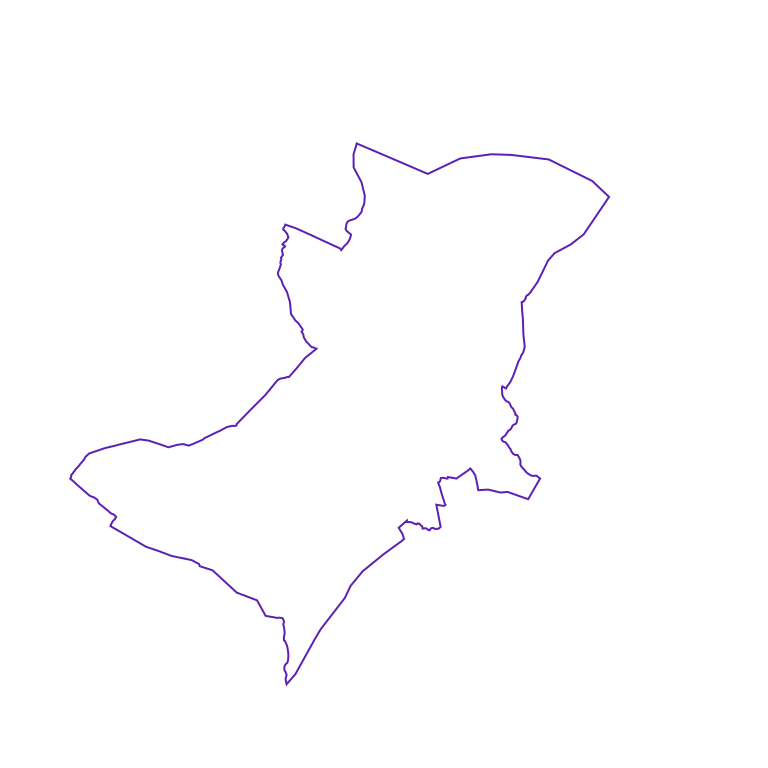 outline of Ado-Ekiti, Ekiti, Nigeria, rotated 133°
{"feature_id": "59680162B25214275797379", "entity_name": "Ado-Ekiti", "entity_type": "district", "adm_level": 2, "iso_a3": "NGA", "parent_name": "Nigeria", "parent_adm1": "Ekiti", "projection": "mercator", "projection_center": [5.254, 7.621], "detail": "fine", "context": "isolated", "style": "outline", "palette": "violet", "viewbox_px": 768, "rotation_deg": 133, "n_neighbors": 0, "source": "geoboundaries", "source_scale": "gbopen_adm2", "svg_char_len": 5828}
<svg xmlns="http://www.w3.org/2000/svg" viewBox="0 0 768 768"><g transform="rotate(133 384 384)"><path d="M226.7,568.0L230.1,566.2L234.4,564.1L236.7,563.0L246.3,553.9L251.0,540.3L251.7,538.2L256.3,531.2L259.3,526.6L264.0,522.6L266.3,521.1L267.8,520.5L270.9,519.6L273.0,517.9L273.9,517.8L275.5,517.6L277.2,517.5L279.0,517.4L280.4,517.5L281.8,517.6L283.0,518.1L284.1,518.6L285.3,519.2L289.0,521.2L290.8,521.2L291.6,520.9L292.9,520.4L294.6,519.2L295.1,518.8L296.9,517.8L297.5,515.9L297.4,513.7L297.3,512.2L297.2,511.3L297.2,510.0L298.2,509.4L300.4,508.3L302.4,507.6L303.8,507.2L305.4,507.0L306.6,506.8L308.6,507.0L310.3,507.1L312.0,506.9L315.2,506.6L314.9,508.9L316.2,512.7L317.2,515.7L318.1,518.4L319.2,521.8L320.7,526.1L321.8,529.7L322.8,532.6L325.0,539.4L325.9,542.0L326.7,544.4L327.2,545.9L328.7,550.2L330.1,554.4L330.9,556.3L331.9,558.5L334.1,563.4L334.7,564.9L335.6,564.5L336.4,564.3L337.2,564.0L338.1,563.9L338.9,563.7L339.8,563.0L339.6,561.9L339.7,560.8L340.2,557.4L340.9,555.8L341.5,555.1L341.8,554.0L342.3,553.8L346.1,553.1L347.0,553.2L348.0,553.6L350.0,553.6L351.2,553.5L350.8,551.4L350.7,550.3L351.5,550.1L351.9,550.1L352.9,550.5L354.4,550.5L356.1,549.6L357.6,547.3L358.6,545.9L360.3,545.7L362.0,545.4L362.4,544.5L363.8,543.6L364.7,543.4L366.2,542.3L366.8,541.0L369.1,539.9L371.2,539.0L374.5,537.7L376.2,536.1L376.9,534.7L378.1,529.7L380.3,525.7L382.9,517.7L388.3,508.5L396.2,499.8L398.0,492.0L398.0,490.5L397.9,488.6L398.3,486.5L398.5,485.3L399.6,480.6L400.4,480.1L402.1,479.9L402.6,477.1L403.3,476.2L404.3,474.9L404.8,473.9L405.2,472.3L405.5,471.5L405.9,470.4L406.0,468.2L406.2,465.4L406.4,463.1L406.1,461.6L405.2,460.2L404.7,458.4L404.2,457.5L404.9,457.5L418.8,459.5L429.9,458.7L443.6,458.3L445.2,459.8L446.9,460.5L450.8,463.5L453.6,464.5L473.1,463.3L494.3,464.0L513.7,464.4L515.2,463.6L516.5,464.7L518.4,466.7L522.5,469.5L530.5,472.2L533.2,473.4L542.1,476.8L545.9,478.3L548.4,478.6L558.5,483.0L562.2,484.8L564.9,489.9L569.6,493.8L577.3,498.5L580.8,506.5L581.0,506.9L585.9,517.5L590.8,524.5L601.2,531.3L608.3,536.0L612.8,538.8L618.5,542.6L621.8,544.7L623.7,545.7L630.4,549.3L634.1,551.3L636.0,552.3L639.1,552.5L640.0,552.6L641.1,552.6L644.3,551.7L649.7,551.6L651.6,551.3L653.2,551.4L654.6,551.2L656.0,551.5L657.2,551.3L659.0,550.9L660.4,551.0L661.7,550.6L662.5,550.7L664.1,550.6L664.6,550.1L665.6,549.3L666.6,549.1L667.2,548.9L667.0,544.8L667.0,540.4L666.9,536.8L666.7,531.3L666.5,523.7L665.8,521.1L664.8,519.2L664.6,517.9L664.1,514.8L665.1,512.7L665.8,511.1L665.5,507.9L664.9,499.4L664.9,496.4L664.6,494.6L663.7,492.6L663.8,489.3L666.3,488.6L668.5,488.8L670.8,488.5L671.1,488.4L674.5,487.2L665.3,446.9L660.0,435.2L654.5,421.8L644.0,404.6L641.8,396.4L642.9,394.5L637.2,382.3L637.0,349.4L628.8,329.3L634.3,312.5L632.9,310.2L630.0,305.9L627.9,302.5L626.3,301.3L624.6,298.7L624.5,297.8L626.3,294.7L628.4,293.9L629.6,292.0L632.1,288.7L634.6,286.2L637.5,284.5L639.7,282.4L639.6,281.0L641.5,276.5L643.3,273.9L646.1,270.5L648.2,268.4L651.3,265.9L653.8,264.6L656.4,264.8L658.8,263.9L659.9,263.1L661.2,261.6L661.9,259.3L662.9,257.2L664.0,256.3L666.2,255.2L667.4,254.2L669.1,251.7L670.0,250.5L656.7,250.9L616.6,260.9L606.3,263.1L567.2,266.7L554.3,270.8L535.6,271.9L509.5,268.3L494.6,265.5L487.1,264.0L483.6,263.7L481.1,268.2L479.1,275.2L468.3,274.1L469.3,273.1L467.5,271.1L466.9,270.2L466.4,269.5L465.9,268.2L465.9,267.3L465.1,266.2L464.6,264.6L463.7,264.4L463.0,264.4L462.8,263.5L462.4,263.3L462.0,262.7L462.3,261.4L462.0,258.9L462.9,258.0L463.4,257.1L462.5,256.4L461.2,255.4L460.8,254.2L460.3,251.2L459.3,250.8L458.1,251.2L457.1,251.0L455.9,250.2L455.5,249.1L455.3,247.8L454.2,247.0L453.6,246.2L453.3,246.2L452.6,245.4L449.9,245.1L436.6,263.4L432.4,257.1L430.5,256.5L429.7,258.7L429.2,259.4L424.4,267.9L421.3,272.8L419.9,275.7L419.2,277.2L418.9,277.2L418.7,276.9L418.4,276.8L418.0,276.7L417.0,276.6L416.5,276.9L414.0,278.3L412.6,277.2L411.4,275.4L410.4,273.6L409.8,273.0L408.5,273.8L407.2,271.9L406.2,270.3L405.1,268.7L403.7,266.5L403.0,266.4L399.5,265.6L396.3,265.0L394.8,264.6L392.3,264.1L389.1,263.4L387.8,263.4L386.9,263.3L387.6,258.2L388.8,254.6L393.3,248.0L397.4,242.7L392.4,237.9L390.2,235.8L388.9,233.5L387.1,230.4L386.0,228.4L383.9,224.7L378.7,220.1L371.9,204.5L369.9,200.0L360.1,202.3L346.6,205.4L346.8,206.5L346.9,208.7L347.2,210.2L349.1,211.8L350.6,213.8L351.1,216.3L351.5,219.1L351.1,222.9L350.7,227.3L349.9,229.4L347.2,231.6L345.9,234.2L344.8,237.8L346.5,239.8L347.0,241.8L346.6,244.1L346.0,245.8L345.3,247.1L345.2,248.8L344.8,250.2L344.3,251.3L344.2,253.1L343.7,255.2L344.4,256.7L344.9,258.2L344.1,260.7L343.0,260.7L342.2,260.8L341.6,260.7L340.6,260.5L339.3,260.2L334.9,260.9L333.8,261.2L333.2,261.1L332.9,260.9L331.4,260.6L330.5,260.6L328.3,261.1L326.7,261.6L324.9,261.2L323.3,260.5L322.6,260.4L321.8,260.8L320.4,261.5L318.9,262.4L316.9,263.8L316.5,265.0L316.5,265.9L316.7,266.4L316.8,266.5L316.9,267.0L316.4,267.5L315.7,268.0L315.0,270.6L314.6,271.3L314.0,272.8L314.0,273.4L314.1,274.5L314.1,275.2L313.7,276.0L313.0,277.5L312.3,279.6L312.4,281.3L313.1,282.5L313.1,284.4L312.6,286.5L312.1,288.3L311.6,289.6L309.2,292.3L307.7,293.9L306.5,295.1L305.0,295.8L304.7,294.7L304.6,294.1L304.1,291.7L302.0,292.3L296.7,292.9L290.2,294.9L283.6,297.7L275.3,301.3L273.0,301.7L271.0,302.4L269.8,303.0L267.9,303.4L266.1,303.7L263.6,304.9L260.6,306.6L258.5,309.1L252.3,316.3L248.9,319.6L241.2,327.3L236.6,332.5L234.1,335.1L230.2,339.2L228.6,338.2L227.5,338.4L226.4,338.5L224.8,338.7L223.5,339.8L221.5,339.9L220.2,339.3L217.3,339.4L216.1,339.4L215.2,339.7L214.8,339.8L204.2,341.3L203.2,341.7L197.8,343.3L189.0,346.0L181.9,348.2L172.0,348.5L154.6,342.6L138.3,340.0L93.7,347.0L93.5,370.1L107.4,416.6L129.7,447.2L142.8,462.2L157.9,474.6L167.0,482.0L176.4,485.8L183.6,488.6L195.7,493.4L200.5,495.3L204.8,507.2L209.3,519.8L212.9,529.8L218.2,544.5L222.9,557.5L226.7,568.0Z" fill="none" stroke="#5b21b6" stroke-width="2"/></g></svg>